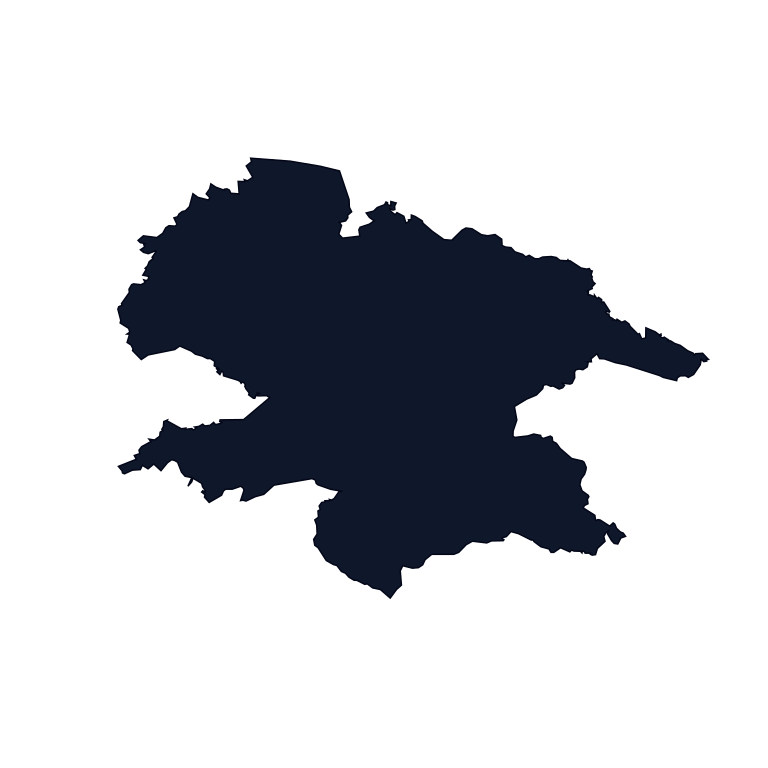 Concepción de Buenos Aires, Jalisco, Mexico, rotated 295°
{"feature_id": "50627088B63447135743237", "entity_name": "Concepción de Buenos Aires", "entity_type": "district", "adm_level": 2, "iso_a3": "MEX", "parent_name": "Mexico", "parent_adm1": "Jalisco", "projection": "equal_earth", "projection_center": [-103.238, 19.979], "detail": "fine", "context": "isolated", "style": "filled", "palette": "ink", "viewbox_px": 768, "rotation_deg": 295, "n_neighbors": 0, "source": "geoboundaries", "source_scale": "gbopen_adm2", "svg_char_len": 6171}
<svg xmlns="http://www.w3.org/2000/svg" viewBox="0 0 768 768"><g transform="rotate(295 384 384)"><path d="M194.1,433.9L193.5,439.9L194.6,442.3L194.3,451.2L195.8,453.4L194.4,459.9L196.2,467.5L192.6,480.1L203.1,482.2L209.1,484.8L221.5,477.7L227.2,477.8L229.1,487.6L232.1,492.8L236.5,495.5L242.1,495.5L249.8,499.2L259.2,519.3L263.0,522.9L273.1,526.4L278.9,530.6L283.4,544.3L287.2,547.7L292.4,558.3L293.5,558.5L293.6,556.0L294.5,556.1L297.4,559.4L303.9,561.4L305.2,569.2L304.8,583.3L305.7,585.4L304.6,586.4L302.8,595.0L304.2,603.2L302.0,606.5L303.2,609.1L310.2,613.2L310.4,623.4L312.8,624.2L312.8,626.6L315.4,632.7L314.6,634.8L316.5,634.3L316.7,636.6L315.7,637.7L317.9,642.7L316.9,642.9L316.9,645.0L318.7,647.8L325.2,646.9L334.8,650.8L338.7,647.6L343.2,648.0L345.7,649.6L342.7,649.9L338.2,656.5L336.8,660.0L337.8,663.5L344.5,663.7L348.0,667.3L350.0,663.8L349.8,660.7L351.5,655.7L354.5,652.4L355.0,650.4L350.6,648.6L352.1,637.5L351.6,635.3L349.7,633.5L354.1,630.6L355.9,616.9L358.6,617.0L361.7,619.5L365.6,617.0L368.4,617.3L369.4,616.2L370.9,608.6L375.6,604.0L381.2,602.8L387.0,603.9L391.6,603.3L393.8,602.6L397.6,598.5L398.1,596.5L395.8,585.6L400.0,570.9L403.1,565.3L403.3,561.1L406.7,559.0L407.1,556.8L401.8,551.2L402.3,548.7L403.6,547.7L401.9,540.8L397.8,536.4L390.9,525.2L391.1,523.0L396.0,520.9L407.5,519.6L418.7,511.7L430.4,519.5L438.5,526.8L446.9,529.8L450.1,529.1L451.1,529.9L452.3,531.8L452.4,536.2L453.7,538.1L453.4,544.8L456.1,547.5L458.9,548.2L460.1,545.3L462.6,552.7L464.2,554.1L470.3,554.2L475.2,551.7L477.7,551.7L480.0,554.4L481.0,558.2L485.5,561.0L489.9,559.9L490.0,558.7L491.8,562.6L494.3,561.0L501.4,564.2L498.1,568.7L499.9,573.1L501.1,584.6L503.7,595.7L508.1,630.0L508.0,634.3L510.7,647.8L513.6,647.2L516.5,649.0L518.9,653.8L518.6,657.0L523.5,660.6L535.0,662.5L540.5,661.1L539.4,664.4L541.2,666.8L542.3,665.7L543.4,667.6L546.5,659.8L543.1,653.5L541.3,653.1L542.6,651.2L542.5,645.1L544.2,636.2L543.6,630.2L544.2,625.6L543.2,623.3L544.2,623.3L544.9,618.1L543.9,617.8L543.3,615.7L544.6,613.2L545.2,614.6L546.3,613.9L544.8,612.8L545.9,608.0L545.6,597.6L536.4,601.7L533.8,598.6L537.6,594.2L536.4,593.2L540.3,582.7L542.0,580.6L543.0,575.7L540.4,573.4L541.2,567.8L539.5,567.8L539.7,565.8L538.5,564.3L539.9,564.0L540.2,559.8L542.4,558.3L541.8,556.8L542.6,554.5L543.8,554.5L544.3,557.8L545.2,558.0L551.2,548.5L550.0,547.0L552.5,545.5L553.2,541.8L551.3,541.0L553.5,537.2L552.0,537.8L551.8,532.8L550.9,531.6L554.3,530.1L553.5,528.2L558.5,532.4L559.7,531.4L564.2,532.9L565.0,530.2L568.0,527.3L569.0,527.6L570.4,525.6L574.4,525.0L574.1,523.2L575.4,521.3L573.8,519.1L572.4,513.6L574.3,500.4L573.5,499.2L574.3,498.2L573.1,498.0L570.4,491.2L571.5,486.7L570.2,481.7L566.1,474.1L562.9,471.3L561.3,467.7L562.0,461.2L559.1,458.7L560.1,454.8L559.1,446.8L561.3,441.5L559.5,436.3L559.4,432.5L565.0,429.5L566.4,421.5L562.2,415.4L560.5,409.2L561.9,398.2L560.0,392.3L556.4,389.7L542.9,384.6L540.2,377.3L542.8,363.3L546.2,351.4L548.0,349.7L549.0,341.5L548.7,337.4L544.5,339.2L543.1,336.8L541.8,337.9L539.1,335.9L544.4,331.1L544.8,323.3L542.2,322.6L543.3,317.4L545.4,315.3L545.4,318.6L546.7,320.1L549.8,318.4L553.2,318.5L552.3,313.1L548.4,314.8L548.0,311.5L549.8,310.6L549.8,308.9L546.7,308.7L541.1,303.3L536.3,301.5L531.5,295.6L528.8,300.5L527.7,306.1L522.6,303.1L516.0,296.1L513.2,296.0L507.8,299.6L498.7,284.8L500.7,279.7L509.8,278.5L511.6,275.2L515.6,280.3L519.4,281.0L521.6,279.7L526.4,281.9L529.6,277.9L536.4,274.4L558.3,253.6L554.4,234.2L546.3,204.8L532.3,167.7L529.4,170.0L523.4,167.0L515.9,177.7L510.5,174.4L510.1,171.0L508.6,172.4L506.0,166.2L495.1,172.4L492.1,164.5L494.4,161.9L494.5,159.2L493.1,157.0L492.1,157.4L491.3,148.4L492.2,142.5L487.2,143.5L481.2,142.5L479.3,147.4L476.6,147.2L474.5,136.4L475.7,130.4L462.5,132.7L457.0,130.8L455.1,128.3L451.5,126.4L448.3,126.2L445.8,123.4L441.1,129.1L438.8,128.0L436.6,122.2L433.4,120.2L427.1,119.8L420.7,116.2L416.6,103.3L410.2,100.4L409.1,103.3L410.5,108.9L409.1,107.2L407.0,109.1L402.7,106.5L401.7,110.4L402.5,115.3L408.5,121.0L407.8,121.5L400.8,120.3L400.3,121.8L395.6,119.5L391.1,119.8L387.8,118.6L387.5,120.1L380.7,119.4L382.1,125.4L378.7,126.1L377.2,124.6L376.9,122.3L375.0,124.6L371.3,121.8L368.9,114.7L367.4,113.3L362.2,112.8L359.3,114.5L345.9,112.1L344.6,113.4L341.9,110.9L339.3,111.2L330.5,118.5L327.8,119.1L326.5,129.1L323.5,131.7L320.7,130.0L321.4,131.8L320.2,132.6L313.1,133.6L312.5,138.2L309.9,141.6L308.0,142.0L303.6,153.7L310.7,158.0L326.8,179.8L332.1,182.8L332.4,195.7L331.3,200.5L332.5,207.4L332.4,213.2L333.7,215.9L332.9,221.0L328.8,222.4L328.0,229.0L328.0,225.8L327.1,225.7L326.4,227.9L324.4,227.4L323.2,231.3L327.3,231.4L326.4,233.5L323.6,235.1L325.6,249.3L325.6,252.3L324.3,254.2L326.0,254.9L326.0,256.4L324.4,259.1L323.2,258.7L321.3,260.9L318.9,265.6L317.0,265.9L315.9,271.5L316.4,272.9L322.9,272.9L322.7,275.3L321.1,273.7L319.9,273.5L319.9,274.7L323.8,282.5L323.4,286.2L292.4,271.8L282.2,250.6L280.6,251.0L280.7,253.3L279.2,252.6L276.0,248.5L277.2,245.8L273.0,243.8L270.2,239.2L271.0,236.7L267.3,234.1L265.0,230.6L264.7,232.5L261.8,230.8L262.4,228.7L259.0,223.3L260.3,223.1L257.8,219.3L258.9,202.9L259.8,202.9L256.9,200.3L252.0,202.1L249.1,201.8L248.4,203.2L245.7,201.5L241.9,202.8L236.3,199.7L234.7,194.3L233.3,197.1L224.9,190.9L220.5,189.9L217.7,192.1L213.7,187.9L211.1,191.3L197.1,178.1L194.7,183.2L192.9,184.6L192.9,186.7L199.6,192.4L203.4,199.3L208.2,199.4L207.4,206.0L214.2,209.2L211.2,218.5L221.0,221.0L225.6,223.5L226.2,226.4L225.9,230.0L218.5,237.8L216.3,242.7L218.0,249.4L208.5,249.5L213.9,251.1L217.9,250.7L216.9,260.7L214.1,263.1L211.6,267.6L210.5,267.5L210.7,264.9L209.0,264.4L208.1,268.6L205.6,269.1L202.8,275.6L214.6,283.8L219.2,283.7L221.7,284.9L224.6,291.0L230.8,297.4L230.2,300.2L228.7,302.0L217.7,303.3L219.0,305.1L219.6,308.4L227.6,315.1L233.2,321.7L245.8,327.0L267.8,358.7L268.0,362.2L265.3,364.6L264.7,366.7L266.0,380.0L269.1,391.7L267.5,388.7L259.0,387.2L256.6,385.4L256.3,383.4L255.5,384.2L253.2,379.8L252.4,380.6L250.3,377.6L246.0,376.8L243.3,379.3L241.0,377.8L235.6,380.9L231.6,378.7L227.6,382.7L219.8,386.8L213.5,385.9L208.6,389.4L207.8,393.4L199.6,406.3L199.0,414.6L199.6,418.0L196.1,424.6L196.2,429.1L194.1,433.9Z" fill="#0f172a" stroke="#020617" stroke-width="1.5"/></g></svg>